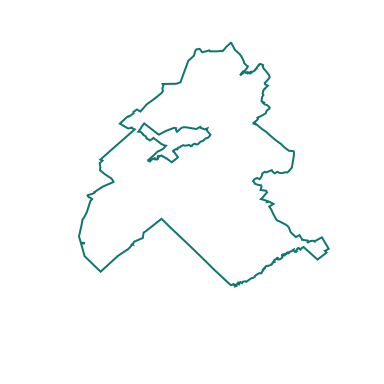 outline of Grobiņas pag., Grobinas, Latvia, rotated 330°
{"feature_id": "27541924B17977825120630", "entity_name": "Grobiņas pag.", "entity_type": "district", "adm_level": 2, "iso_a3": "LVA", "parent_name": "Latvia", "parent_adm1": "Grobinas", "projection": "equal_earth", "projection_center": [21.191, 56.5], "detail": "fine", "context": "isolated", "style": "outline", "palette": "teal", "viewbox_px": 384, "rotation_deg": 330, "n_neighbors": 0, "source": "geoboundaries", "source_scale": "gbopen_adm2", "svg_char_len": 6041}
<svg xmlns="http://www.w3.org/2000/svg" viewBox="0 0 384 384"><g transform="rotate(330 192 192)"><path d="M73.0,215.3L96.0,210.3L108.6,209.5L112.1,208.4L113.5,207.9L113.3,207.6L114.3,207.3L114.7,208.0L114.8,207.6L116.7,206.1L126.4,207.2L129.9,202.9L132.0,202.9L152.2,200.0L154.4,207.7L154.8,209.5L162.4,235.0L163.7,239.4L169.9,261.3L172.0,269.2L178.6,290.8L179.1,292.0L181.1,292.6L181.6,292.4L181.7,292.7L182.2,292.9L182.5,293.3L182.0,293.9L182.6,294.5L182.4,294.7L182.4,295.0L182.8,295.2L182.5,295.4L183.6,295.7L183.9,295.0L183.9,294.8L183.5,294.6L183.7,294.3L184.4,294.7L184.7,294.4L186.7,293.5L187.1,293.7L186.2,294.0L186.2,294.9L186.4,295.1L186.5,295.5L187.0,295.2L186.8,294.6L188.9,294.3L189.7,295.9L190.3,295.3L191.3,295.2L192.8,295.6L193.7,296.2L193.7,296.6L194.1,296.9L199.7,296.4L201.0,296.5L201.9,296.9L203.9,296.9L204.7,296.1L208.1,295.9L209.8,296.0L211.5,297.1L212.3,296.4L213.6,295.9L214.2,294.8L214.4,294.7L214.6,295.2L215.3,295.1L216.0,294.7L216.2,294.2L217.1,294.4L217.4,294.1L217.3,293.8L218.7,293.3L219.5,293.6L220.0,293.4L221.1,294.1L224.3,294.7L224.5,294.3L225.2,294.4L225.6,294.0L226.1,294.1L226.8,293.3L228.5,294.0L228.8,293.1L228.3,292.8L228.7,292.3L229.2,292.6L229.9,292.1L231.6,292.2L232.1,291.7L232.9,291.6L233.2,292.0L232.8,292.2L232.4,292.9L232.5,293.1L233.3,293.0L233.4,293.8L235.3,294.3L237.4,293.8L237.9,293.2L238.1,292.1L238.6,291.4L239.0,291.4L239.7,291.6L239.1,292.1L239.1,292.3L240.3,293.3L240.6,293.2L240.5,292.8L241.5,292.4L241.8,292.3L242.0,292.8L242.5,292.9L242.7,292.5L244.4,292.0L244.8,292.3L244.4,292.9L244.6,293.2L245.3,293.2L245.9,292.8L246.2,293.0L246.6,292.6L248.9,293.1L250.5,292.7L251.2,292.7L250.8,293.1L251.0,294.6L251.3,295.4L252.2,295.9L253.0,295.8L253.0,294.7L253.9,294.5L254.9,293.7L256.0,293.6L256.4,293.9L256.5,295.2L256.7,295.5L256.8,295.2L257.1,295.4L257.1,295.7L257.3,295.9L257.5,295.5L258.9,295.7L259.8,295.3L260.2,295.5L261.1,295.4L266.9,313.3L278.3,311.7L277.6,309.5L282.0,309.5L281.8,296.2L273.6,296.0L273.4,296.2L272.9,295.1L271.9,294.4L270.0,293.7L267.2,293.6L267.0,293.4L267.8,292.8L268.0,292.0L263.5,288.4L263.7,288.2L263.5,283.1L259.4,283.0L257.3,276.1L258.1,271.6L257.8,269.2L256.7,266.9L253.6,261.9L251.8,259.6L251.2,258.3L251.4,250.8L251.9,247.0L251.6,243.2L256.6,243.1L254.4,239.6L253.5,238.8L252.0,238.2L252.9,237.6L248.2,232.6L249.7,232.3L256.7,229.9L256.9,228.0L252.3,224.6L255.0,222.0L255.1,220.7L252.5,218.6L250.5,216.1L250.8,215.4L250.2,213.2L252.6,212.1L255.6,212.5L255.9,213.4L257.0,214.3L257.1,214.7L257.7,214.6L260.8,212.7L261.6,212.0L261.8,211.4L262.6,211.0L265.1,210.9L266.0,212.1L272.0,213.0L272.0,214.9L273.0,217.2L276.0,217.2L277.3,219.2L279.2,220.6L282.7,221.6L284.5,222.8L285.6,222.6L290.7,220.8L298.6,211.2L299.7,209.4L300.4,207.8L300.2,207.3L296.6,204.8L294.3,199.4L293.0,194.7L290.8,189.9L289.7,187.1L287.0,179.4L286.6,177.6L284.0,172.2L282.0,166.6L279.8,163.9L281.0,163.9L280.4,162.8L283.7,162.4L285.8,161.7L285.8,160.4L290.3,160.8L295.2,160.7L296.8,159.2L298.2,158.7L300.8,158.5L301.5,157.7L300.9,155.5L300.3,154.0L298.8,152.5L298.0,150.3L298.9,150.3L298.6,149.9L297.7,147.9L300.1,144.9L302.4,143.6L302.3,142.1L304.4,139.8L306.6,139.1L306.5,138.9L310.8,137.9L309.2,135.3L309.2,134.6L309.7,133.9L312.7,133.1L316.5,131.6L316.9,130.8L317.1,128.9L316.4,123.7L315.8,121.2L316.0,118.8L317.0,117.7L316.6,117.0L315.0,115.1L313.5,115.2L313.4,115.7L312.9,116.0L312.0,115.9L310.6,116.4L310.0,116.9L310.3,117.0L309.9,117.4L309.5,117.2L308.1,117.8L308.1,117.5L307.9,117.5L307.6,118.1L304.3,118.2L303.5,117.7L303.1,117.8L303.4,118.3L301.8,118.5L301.7,118.4L301.8,118.2L301.6,118.1L301.8,117.9L301.6,117.7L302.0,117.3L300.9,117.3L300.6,117.0L299.5,117.1L299.3,116.7L299.9,115.9L299.2,115.6L298.3,115.7L297.7,114.6L295.7,114.6L292.8,115.0L292.7,114.6L295.2,113.5L296.7,113.1L298.1,113.4L298.7,113.3L301.5,112.2L303.2,111.1L302.5,109.9L301.6,106.3L302.3,104.1L302.5,99.8L302.3,96.7L300.3,90.4L300.5,82.4L300.3,82.2L293.8,83.5L292.3,84.3L289.9,84.9L289.8,85.1L288.4,85.1L287.4,84.1L285.0,83.3L277.8,79.1L277.7,78.9L277.9,78.1L270.7,76.1L270.2,71.9L267.1,70.7L265.9,71.1L261.8,74.9L254.3,76.6L236.8,91.2L232.7,90.5L220.6,83.8L220.4,85.6L218.2,87.4L217.3,90.1L214.6,91.2L204.3,92.7L196.8,93.4L187.6,96.5L185.5,93.0L181.2,93.4L180.9,94.6L175.1,95.2L174.8,94.5L172.7,94.7L163.7,96.7L168.4,105.0L171.0,106.0L171.9,105.9L172.7,107.8L173.7,109.1L128.9,118.1L130.2,120.0L126.5,120.8L125.1,124.6L123.2,127.1L125.3,132.7L128.9,139.9L129.3,143.4L129.0,144.1L117.2,142.7L107.6,143.3L107.7,143.7L106.5,144.0L104.3,143.7L100.3,142.6L99.8,142.7L99.7,143.8L100.2,145.2L101.0,146.1L101.8,147.8L101.6,147.8L101.7,148.4L99.6,148.9L90.8,156.9L85.3,160.4L83.5,161.0L79.9,165.3L71.9,174.0L70.4,180.2L73.0,182.1L72.7,182.5L70.3,180.7L66.9,193.8L73.0,215.3ZM209.1,132.3L214.8,131.2L216.9,131.6L219.1,132.9L227.2,139.6L230.3,139.6L231.7,139.8L231.4,140.5L234.3,144.2L237.2,144.6L235.7,145.9L235.9,147.7L236.6,151.7L235.9,152.1L233.0,153.0L230.4,152.4L227.3,153.2L224.5,152.7L221.1,153.6L219.6,153.0L219.0,152.4L218.9,151.9L218.0,151.4L215.8,151.4L215.1,152.0L214.3,152.3L214.5,152.1L213.6,151.7L213.4,150.4L212.7,149.5L211.5,149.5L208.5,148.0L207.9,147.1L205.2,146.8L204.0,147.3L202.4,146.6L201.5,146.9L201.0,147.6L200.6,147.8L200.2,147.6L199.7,146.8L196.7,146.8L196.8,147.5L196.1,147.7L196.6,149.4L197.2,154.9L196.8,155.1L189.3,156.1L186.7,150.0L186.3,149.9L184.9,146.9L184.6,146.9L183.7,145.1L181.2,144.6L181.2,144.2L180.5,144.0L180.0,144.4L180.4,144.7L180.6,145.1L179.5,145.5L179.4,146.0L179.1,146.3L178.2,146.4L176.0,145.1L175.9,144.7L176.8,144.3L176.7,144.1L175.8,144.1L174.7,143.7L173.7,143.9L172.0,143.8L171.3,144.0L171.2,144.6L170.8,144.6L169.7,143.0L169.9,142.5L176.7,141.2L182.2,139.8L186.0,140.2L188.8,140.1L192.6,138.9L191.4,137.8L189.5,135.2L185.7,125.9L183.6,126.3L181.1,126.1L181.0,125.2L180.7,125.1L179.4,122.8L179.9,122.3L179.6,120.4L178.4,118.4L178.2,117.2L178.5,117.2L177.8,114.6L175.7,112.9L180.1,111.0L180.5,110.5L184.9,108.7L191.5,124.9L192.0,125.8L199.6,126.0L208.6,127.5L210.1,128.8L209.1,130.3L209.1,132.3Z" fill="none" stroke="#0f766e" stroke-width="2"/></g></svg>